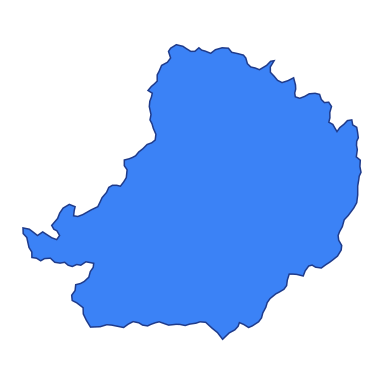 the district of São José do Rio Pardo, São Paulo, Brazil
{"feature_id": "56859067B94240559052727", "entity_name": "São José do Rio Pardo", "entity_type": "district", "adm_level": 2, "iso_a3": "BRA", "parent_name": "Brazil", "parent_adm1": "São Paulo", "projection": "mercator", "projection_center": [-46.893, -21.597], "detail": "fine", "context": "isolated", "style": "filled", "palette": "blue", "viewbox_px": 384, "rotation_deg": 0, "n_neighbors": 0, "source": "geoboundaries", "source_scale": "gbopen_adm2", "svg_char_len": 2828}
<svg xmlns="http://www.w3.org/2000/svg" viewBox="0 0 384 384"><path d="M356.7,127.3L352.7,124.9L351.8,119.9L347.4,120.6L344.0,124.2L339.8,127.6L337.0,131.6L334.8,127.9L332.8,124.4L328.8,122.2L329.9,117.9L329.8,112.4L331.5,106.5L328.7,102.2L324.4,102.6L321.3,99.5L319.6,94.4L315.1,93.3L309.2,93.8L304.7,96.4L299.7,98.3L295.3,96.8L294.7,93.0L295.7,89.1L295.5,85.0L293.6,77.8L287.9,80.7L282.0,82.6L277.5,80.3L274.1,76.2L270.4,72.3L270.3,67.0L274.1,60.7L270.6,61.3L266.6,65.4L259.4,69.7L255.2,68.0L250.8,67.0L247.4,63.7L245.8,58.0L243.4,55.1L238.1,53.7L231.7,52.3L228.4,48.2L222.1,47.8L215.4,49.7L210.7,53.3L205.2,51.1L201.6,50.1L198.9,47.8L194.9,51.3L190.8,51.4L186.3,48.6L182.9,46.3L176.3,44.7L170.6,48.2L168.5,51.4L170.6,58.0L167.4,62.3L161.6,65.4L159.1,71.3L157.2,74.9L157.2,81.1L154.4,83.9L151.4,86.4L148.0,90.5L152.3,93.2L151.4,97.1L149.8,101.3L149.3,106.6L151.0,114.6L150.0,119.9L152.0,123.8L153.3,128.3L155.9,134.3L155.2,140.0L151.7,142.8L147.1,144.5L142.8,148.8L138.8,151.9L135.6,155.8L132.4,157.5L129.1,158.8L124.3,160.0L124.3,165.7L127.1,169.8L126.3,177.6L123.7,181.9L120.4,186.2L116.8,185.3L112.4,185.3L108.8,187.4L106.5,192.5L102.1,197.6L99.9,202.4L97.8,206.7L91.1,209.9L82.8,214.6L77.8,216.5L73.6,215.8L74.2,210.7L75.1,206.7L69.3,204.4L63.1,208.1L59.7,213.1L57.6,218.5L54.6,222.0L51.7,225.4L53.8,229.2L56.9,230.8L59.6,235.5L56.7,239.6L51.8,237.8L47.0,234.7L42.7,231.9L37.5,235.5L33.3,232.2L29.3,229.2L23.0,227.9L23.2,233.6L26.8,237.5L27.8,242.2L29.0,247.5L31.8,252.0L31.9,257.5L36.5,258.2L40.7,260.8L44.5,258.6L50.4,258.2L54.8,262.3L60.1,263.1L64.7,262.3L68.1,265.2L72.3,266.5L76.7,264.5L80.8,265.2L85.9,261.8L90.2,262.6L93.7,263.3L93.2,267.4L90.3,271.6L88.8,277.2L84.2,281.5L80.5,283.5L75.7,284.7L75.1,290.5L71.7,295.2L72.2,300.5L76.7,302.8L83.1,307.7L83.3,314.0L86.3,320.2L90.5,327.1L100.2,326.7L106.8,324.7L111.7,325.1L117.6,326.3L123.6,327.5L128.3,324.1L133.1,321.6L138.8,322.8L142.6,325.1L147.6,325.9L151.0,324.3L155.5,322.7L159.2,321.8L164.0,323.5L168.6,325.1L172.5,324.7L176.1,324.3L179.9,324.4L185.2,325.5L189.6,324.1L195.9,323.2L200.0,321.8L205.7,322.3L212.2,328.3L217.5,332.6L222.6,339.3L229.2,332.9L234.9,329.8L238.1,326.3L239.4,322.6L243.8,324.5L248.6,327.5L252.3,325.9L258.6,321.8L261.5,317.9L262.8,312.9L265.8,307.3L267.2,302.6L270.1,298.5L275.9,293.8L279.2,292.1L283.9,289.3L286.6,285.6L287.3,280.1L289.2,274.1L292.9,274.1L296.8,274.4L303.2,276.0L305.2,270.8L308.7,266.0L312.1,265.1L315.6,267.2L321.3,268.0L325.8,264.7L329.7,262.2L332.6,260.0L337.5,256.1L341.2,250.0L341.7,245.5L338.7,240.2L338.1,235.5L339.6,231.6L342.3,226.7L344.2,219.8L348.2,215.5L353.7,208.1L356.7,202.7L357.7,195.0L357.7,186.0L358.7,180.1L359.2,176.2L361.0,172.3L359.9,166.5L360.3,160.2L356.3,156.9L357.3,149.6L356.5,145.3L356.7,141.2L358.3,137.8L357.6,132.4L356.7,127.3Z" fill="#3b82f6" stroke="#1e3a8a" stroke-width="1.5"/></svg>